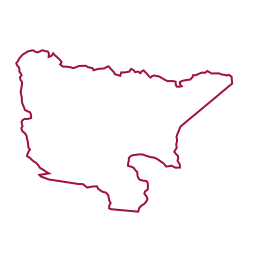 the district of Altamira do Maranhão, Maranhão, Brazil, rotated 86°
{"feature_id": "56859067B15453031622784", "entity_name": "Altamira do Maranhão", "entity_type": "district", "adm_level": 2, "iso_a3": "BRA", "parent_name": "Brazil", "parent_adm1": "Maranhão", "projection": "robinson", "projection_center": [-45.508, -4.137], "detail": "fine", "context": "isolated", "style": "outline", "palette": "rose", "viewbox_px": 256, "rotation_deg": 86, "n_neighbors": 0, "source": "geoboundaries", "source_scale": "gbopen_adm2", "svg_char_len": 2684}
<svg xmlns="http://www.w3.org/2000/svg" viewBox="0 0 256 256"><g transform="rotate(86 128 128)"><path d="M171.1,79.0L168.1,78.8L166.3,79.8L164.0,80.9L161.5,80.0L159.4,80.1L157.3,81.9L154.9,83.5L151.1,80.8L147.5,81.0L145.1,80.1L142.4,79.9L140.4,80.3L138.5,79.6L130.3,75.6L126.2,70.0L101.7,35.9L100.4,34.2L95.6,27.5L94.3,25.7L92.3,23.0L91.0,21.0L84.0,21.1L81.9,23.8L82.6,25.8L81.8,27.7L81.1,30.9L79.9,33.2L79.4,40.9L76.7,44.9L78.3,47.3L77.9,50.3L79.1,54.3L80.1,56.6L79.9,59.4L81.7,60.0L84.1,62.7L84.1,65.5L84.7,70.3L85.8,73.1L88.2,72.9L90.1,71.6L90.4,74.1L90.1,76.5L88.2,77.3L85.1,77.3L84.3,79.8L84.0,85.1L82.7,87.6L78.8,93.3L78.2,95.8L77.4,98.3L78.0,100.4L79.2,101.9L77.8,103.5L74.2,106.2L71.6,108.5L72.4,110.4L74.2,111.8L72.4,114.0L72.8,116.9L70.5,118.6L69.3,120.8L71.8,122.7L72.4,127.6L72.0,130.8L75.4,132.1L73.4,137.3L71.2,138.3L67.8,141.1L65.1,143.2L65.9,145.6L66.9,147.3L67.0,153.7L68.0,158.4L65.7,159.3L64.6,163.5L63.0,165.8L62.8,169.7L62.7,172.5L64.5,178.3L63.3,181.5L62.5,185.1L62.3,188.4L59.9,191.3L57.9,189.7L56.1,190.5L54.3,192.1L51.8,194.3L50.4,195.9L48.3,197.4L50.8,199.5L51.6,202.2L48.0,201.7L46.1,202.7L45.4,205.4L44.5,207.9L45.3,210.4L46.3,212.7L45.5,215.2L43.8,217.3L44.3,220.6L44.8,223.2L45.9,224.8L47.2,227.6L48.5,229.0L50.0,230.6L51.5,232.0L53.5,233.0L55.6,235.0L58.1,234.1L59.6,232.7L61.7,232.2L64.2,232.5L66.3,231.0L68.1,230.5L69.9,232.3L72.5,231.9L74.5,230.6L77.2,230.7L84.7,232.6L87.4,232.2L90.2,231.8L93.0,232.0L95.8,231.8L99.6,230.5L103.0,229.5L104.2,227.1L105.7,224.5L108.3,223.8L111.2,223.9L112.0,226.9L111.7,230.6L113.0,232.8L114.8,233.8L118.9,233.1L120.9,234.4L123.8,233.7L125.2,232.0L126.7,230.8L128.7,229.7L131.9,229.5L134.3,228.9L136.3,228.8L138.4,228.8L140.7,228.7L142.5,227.3L144.7,228.9L147.2,230.2L149.0,230.7L150.8,228.1L154.6,224.7L156.0,222.5L158.1,220.6L159.9,219.6L161.9,218.3L163.6,215.6L165.3,213.6L166.5,211.9L167.8,210.0L168.6,219.7L170.3,218.3L173.8,210.6L179.9,183.6L180.5,181.4L180.5,179.4L181.0,176.6L183.3,174.3L184.6,172.7L184.2,169.9L183.9,166.4L184.0,163.0L186.5,162.1L189.7,158.2L190.9,154.5L193.6,152.4L199.2,151.7L201.7,150.6L204.0,152.1L206.7,152.5L207.8,150.6L212.2,123.7L208.5,122.3L206.8,120.5L205.7,118.8L204.7,116.9L202.9,115.1L200.7,113.6L197.8,114.1L194.7,116.3L192.6,115.5L190.6,112.6L188.1,112.2L186.1,112.2L183.9,112.2L182.1,113.4L181.7,116.1L180.6,119.6L179.0,121.0L176.7,121.8L172.4,121.9L170.5,123.7L168.2,125.0L166.9,127.3L165.8,130.6L163.3,130.4L160.8,129.5L157.9,129.2L155.9,126.7L155.4,124.5L155.1,118.1L155.5,114.9L156.9,112.1L158.4,108.1L159.7,103.0L161.8,99.9L164.0,97.3L165.2,95.5L166.8,94.2L169.1,92.7L169.0,90.1L168.6,87.4L170.9,83.4L171.1,79.0Z" fill="none" stroke="#9f1239" stroke-width="2"/></g></svg>